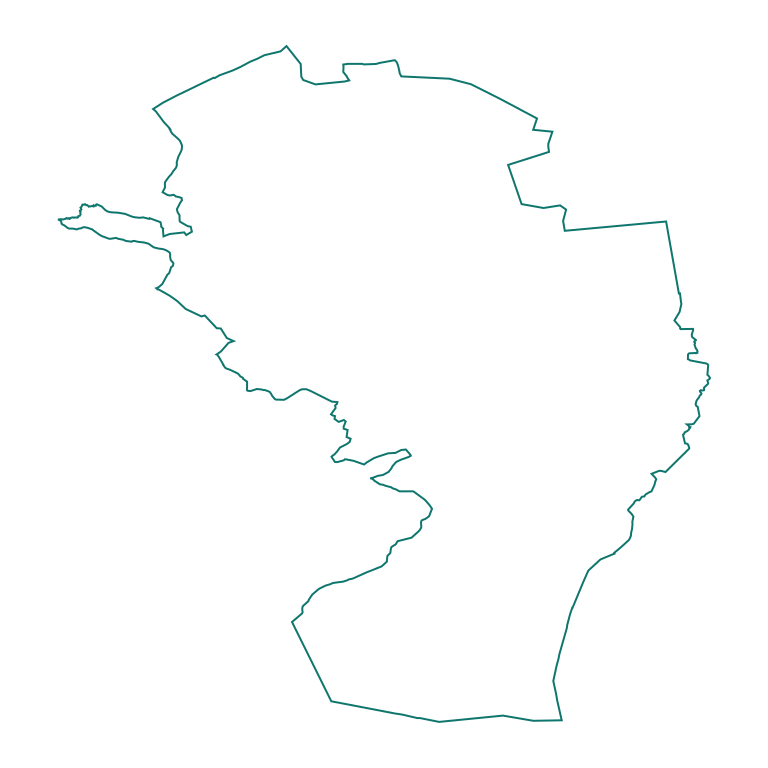 the district of Elkšņu pag., Viesites, Latvia
{"feature_id": "27541924B76488433422396", "entity_name": "Elkšņu pag.", "entity_type": "district", "adm_level": 2, "iso_a3": "LVA", "parent_name": "Latvia", "parent_adm1": "Viesites", "projection": "natural_earth1", "projection_center": [25.573, 56.224], "detail": "fine", "context": "isolated", "style": "outline", "palette": "teal", "viewbox_px": 768, "rotation_deg": 0, "n_neighbors": 0, "source": "geoboundaries", "source_scale": "gbopen_adm2", "svg_char_len": 6024}
<svg xmlns="http://www.w3.org/2000/svg" viewBox="0 0 768 768"><path d="M292.0,622.0L331.3,701.3L395.0,713.5L401.9,714.5L417.5,718.1L419.7,718.0L439.1,721.9L502.9,715.6L533.4,720.8L561.7,720.3L557.3,700.9L556.0,693.5L553.3,681.0L556.6,665.7L558.4,659.2L559.4,654.1L566.2,630.3L567.0,627.3L567.2,625.1L570.1,614.1L572.3,607.6L572.6,607.7L582.8,583.1L588.3,570.6L600.5,559.4L614.3,553.7L613.9,553.3L614.0,553.0L621.1,547.1L628.8,540.1L629.6,538.9L630.9,535.8L631.1,532.9L632.0,529.1L632.5,523.9L632.3,521.9L633.4,516.6L631.5,513.8L628.7,511.0L628.1,510.1L628.2,509.5L633.6,503.6L634.6,501.7L636.2,500.3L637.2,500.0L639.1,500.3L639.7,499.9L641.7,497.0L642.4,496.6L644.3,496.5L645.0,495.2L645.9,494.3L649.9,491.9L651.4,491.5L654.4,485.1L655.5,480.9L656.3,479.3L655.0,477.4L651.6,473.8L659.2,470.8L661.1,470.9L665.5,472.0L689.2,448.6L689.2,447.7L688.0,444.4L687.2,443.8L685.0,443.3L683.0,434.8L684.2,433.7L684.6,432.4L686.8,431.3L688.6,430.0L689.5,428.2L690.1,427.9L690.3,427.1L689.1,427.2L688.8,425.8L687.0,424.4L691.8,424.3L693.8,423.7L699.5,416.1L697.7,406.8L696.3,405.9L695.6,404.2L696.6,400.5L698.9,397.5L699.9,395.5L701.2,394.4L701.4,393.8L701.4,393.3L699.9,391.4L699.9,390.9L700.8,390.2L702.4,390.5L704.0,390.2L704.2,389.5L703.9,388.3L704.2,387.4L708.1,383.8L708.2,383.0L707.6,381.5L707.4,380.4L709.4,379.1L710.0,377.9L708.8,376.1L707.4,374.8L708.2,364.9L707.6,364.2L706.4,363.5L690.1,360.4L689.1,359.6L687.9,359.2L688.0,354.5L689.2,353.3L695.4,353.0L696.0,353.3L697.3,352.8L697.1,352.3L697.5,351.7L697.1,350.0L695.8,348.4L694.5,344.7L695.1,343.1L694.2,341.9L694.4,341.3L695.9,340.3L695.9,340.0L692.3,337.2L691.9,336.2L691.8,334.5L693.2,330.0L693.0,328.9L680.6,329.1L680.1,328.5L680.2,327.2L674.4,320.5L679.6,311.9L681.4,303.9L681.0,302.2L680.0,293.4L678.9,293.5L666.1,221.5L564.8,230.8L563.1,221.0L566.1,209.6L560.1,205.4L543.5,208.0L521.6,204.1L508.1,164.9L549.0,151.9L548.3,146.6L548.3,143.8L552.4,131.7L533.2,129.8L537.0,118.5L499.6,98.6L470.9,84.2L449.5,78.7L401.3,76.4L399.7,73.3L399.2,70.3L398.0,65.4L396.8,62.3L394.8,60.2L379.2,63.0L377.2,63.7L375.2,64.0L363.8,64.4L362.4,63.9L347.7,63.9L343.3,64.5L343.5,67.0L343.3,72.0L346.8,76.4L347.3,77.6L349.2,80.4L344.7,81.5L315.5,84.4L303.2,80.0L301.3,76.7L300.7,64.0L286.5,46.1L280.5,51.4L264.4,55.2L257.2,58.8L250.0,61.8L240.7,66.8L232.9,70.4L219.3,75.4L214.7,78.1L213.7,77.7L176.8,95.5L162.8,102.8L153.1,109.0L155.9,111.4L164.0,122.3L169.0,127.6L170.1,129.1L169.7,129.2L171.9,133.3L178.8,139.5L180.0,140.9L181.9,145.1L182.0,146.6L181.8,149.2L181.0,151.4L178.3,156.8L176.7,162.3L176.9,165.0L176.1,167.6L173.1,171.4L171.5,174.0L168.9,176.8L165.6,181.3L165.0,182.4L164.9,183.7L165.0,187.5L162.6,192.2L167.5,195.0L169.9,195.5L173.7,194.8L176.1,196.6L177.4,196.7L181.5,197.9L182.0,200.2L180.4,202.4L176.9,209.2L177.6,212.2L179.5,215.2L179.6,220.7L180.1,221.8L187.6,226.1L190.7,226.7L191.9,231.7L186.3,235.0L184.2,232.4L169.7,234.0L163.5,236.4L162.9,229.3L163.2,228.7L161.2,226.7L161.3,225.9L160.5,222.2L149.6,218.2L149.2,218.9L143.2,217.4L139.6,217.8L134.3,217.2L131.6,216.5L125.2,213.9L118.0,212.7L111.1,212.3L108.8,211.9L106.7,211.0L104.9,209.7L101.7,206.5L96.9,204.3L96.4,204.3L95.9,205.0L95.8,205.8L94.3,205.8L93.6,205.2L93.2,205.7L93.5,206.0L93.5,206.4L91.7,206.0L90.7,206.4L89.6,206.3L88.9,206.7L87.3,205.1L86.5,205.2L85.0,204.2L84.6,204.7L82.4,204.6L81.6,206.7L80.5,207.6L81.4,209.3L80.8,210.2L79.9,210.6L79.8,210.9L80.6,212.0L80.2,212.7L80.6,214.3L79.9,215.7L78.4,216.1L78.2,217.1L77.2,217.7L76.7,217.4L74.5,217.6L74.0,217.4L73.5,217.7L72.6,217.4L71.2,217.7L69.7,218.9L69.2,218.8L69.3,218.2L69.1,218.1L67.5,218.6L66.6,218.0L66.2,218.2L66.1,218.6L62.9,219.5L61.1,219.2L58.0,219.5L59.9,220.3L60.8,221.0L61.2,221.7L61.6,223.7L62.2,224.1L62.3,224.5L63.9,225.1L67.9,228.1L69.3,228.6L72.8,228.6L77.0,229.4L78.3,228.7L81.0,228.3L83.1,227.3L84.6,227.2L87.2,227.7L92.3,229.4L93.0,230.1L100.0,235.1L102.1,236.2L108.9,238.7L110.4,238.8L116.1,237.9L118.2,238.8L123.1,239.7L126.1,241.0L131.8,241.7L132.5,241.1L134.1,240.9L138.0,241.8L144.2,242.5L148.5,243.7L153.6,247.3L158.3,248.5L163.3,249.2L166.2,250.3L169.1,252.1L169.8,252.8L170.2,254.7L170.1,256.5L170.7,260.0L173.3,263.0L173.4,263.9L172.8,265.9L171.1,267.3L169.2,273.1L167.4,274.7L162.3,284.0L159.6,286.4L157.7,287.7L156.3,288.2L157.6,289.4L158.9,289.6L169.7,295.7L177.3,301.1L185.7,309.0L201.4,316.4L204.8,315.5L216.7,328.2L220.8,328.5L226.8,338.0L233.6,341.1L228.5,342.9L220.9,351.5L216.6,354.5L217.4,354.8L219.2,357.5L223.4,364.8L223.2,364.9L223.6,365.6L225.2,367.7L226.3,368.5L229.9,369.7L238.0,373.6L240.4,376.4L242.9,377.8L243.1,378.8L247.1,381.7L247.0,390.1L247.5,390.7L250.4,391.1L256.9,389.0L261.6,389.5L263.7,390.1L264.8,390.0L269.6,391.8L271.3,394.1L272.0,395.6L274.7,398.9L276.0,399.6L283.9,399.8L286.7,398.5L299.5,390.3L301.8,389.3L306.3,389.2L310.7,391.0L331.8,401.6L337.4,402.1L336.9,403.9L335.1,405.5L335.6,408.0L331.0,414.3L332.6,415.4L335.0,416.1L334.5,418.9L338.7,421.9L343.9,420.0L345.7,421.5L343.6,426.8L343.7,428.7L347.6,430.0L346.6,437.0L350.6,438.8L349.7,441.9L346.9,444.0L340.0,447.5L337.1,451.5L334.5,454.3L332.4,455.8L331.5,456.8L335.0,462.0L337.3,462.1L343.8,460.3L345.1,459.2L353.5,460.8L364.1,464.5L366.8,462.4L373.6,458.3L377.8,456.7L388.2,453.3L395.5,452.9L401.2,450.0L405.9,449.5L410.4,454.8L410.8,455.7L408.8,456.9L400.7,459.8L396.1,462.0L392.4,466.3L391.3,468.5L388.6,471.9L382.9,475.0L378.0,475.8L372.4,477.9L370.3,478.2L372.7,479.0L374.5,480.8L379.9,484.3L383.2,484.8L385.2,485.7L391.3,487.3L392.6,488.3L395.7,489.3L399.5,491.3L412.6,491.3L413.6,491.5L425.0,499.9L429.6,505.2L432.0,508.8L429.2,515.9L428.8,516.5L425.4,518.9L422.2,520.1L421.3,521.1L421.0,522.6L421.3,526.7L421.1,527.8L419.5,530.4L418.1,531.8L411.5,537.7L397.6,541.2L395.7,544.3L391.5,547.0L390.9,548.5L390.3,553.1L387.4,555.9L386.8,561.7L381.6,566.4L366.0,572.6L352.7,578.6L348.9,579.4L347.0,580.4L343.2,581.6L332.8,583.0L330.3,584.2L325.5,585.6L318.9,588.9L312.2,594.6L308.9,599.6L308.4,601.1L303.3,605.7L302.6,606.7L302.2,609.1L302.6,612.3L302.1,613.4L292.0,622.0Z" fill="none" stroke="#0f766e" stroke-width="2"/></svg>